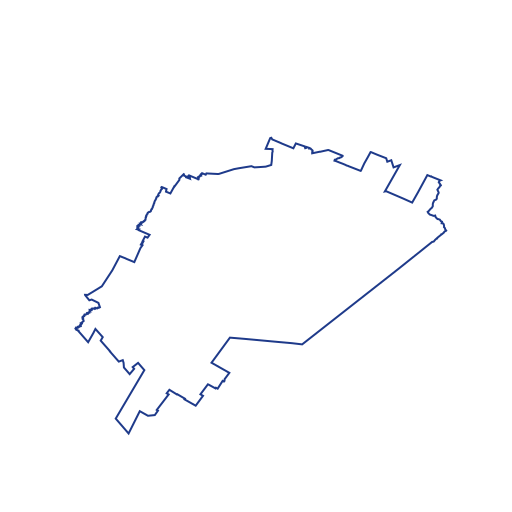 the district of Bogan, New South Wales, Australia, rotated 243°
{"feature_id": "25037944B35156214632360", "entity_name": "Bogan", "entity_type": "district", "adm_level": 2, "iso_a3": "AUS", "parent_name": "Australia", "parent_adm1": "New South Wales", "projection": "equal_earth", "projection_center": [147.254, -31.57], "detail": "fine", "context": "isolated", "style": "outline", "palette": "blue", "viewbox_px": 512, "rotation_deg": 243, "n_neighbors": 0, "source": "geoboundaries", "source_scale": "gbopen_adm2", "svg_char_len": 5929}
<svg xmlns="http://www.w3.org/2000/svg" viewBox="0 0 512 512"><g transform="rotate(243 256 256)"><path d="M160.2,93.6L162.7,98.4L163.9,97.7L172.3,115.3L174.2,114.1L176.1,118.1L168.5,122.7L168.6,123.1L161.1,127.9L160.7,127.2L150.0,134.3L155.5,145.3L158.0,143.7L163.5,154.9L162.6,155.6L156.4,159.8L156.8,160.5L155.2,161.6L159.9,169.6L158.7,170.4L159.0,171.2L160.5,172.1L164.0,179.2L181.1,167.9L195.1,195.7L187.1,208.6L169.8,236.0L162.1,248.3L156.3,257.0L180.0,377.7L188.6,419.4L188.4,419.8L188.2,421.0L189.1,423.0L189.6,425.0L189.4,425.4L189.9,425.8L190.9,430.6L191.2,430.9L191.0,431.4L191.6,434.1L192.1,434.7L192.3,435.9L192.1,436.3L192.3,437.0L193.8,436.7L195.0,437.0L196.4,436.6L197.3,437.2L199.1,437.7L200.0,437.5L200.2,437.2L200.3,437.2L200.9,436.3L202.1,437.3L203.2,436.5L204.9,436.3L206.1,435.2L206.5,434.5L209.0,433.7L210.7,434.0L210.9,433.0L211.3,432.2L211.9,431.8L214.0,429.7L216.2,429.0L217.4,429.0L217.6,430.1L218.7,432.8L219.2,434.8L220.2,436.2L221.5,436.8L222.8,437.7L223.3,438.5L223.6,438.7L224.6,440.1L224.5,442.2L225.0,443.1L226.5,443.9L227.9,445.1L228.1,445.7L228.6,446.3L229.0,447.1L229.7,447.6L232.7,447.7L233.4,448.9L234.1,450.8L234.8,451.6L234.8,452.1L235.0,452.8L235.7,452.8L236.3,452.6L236.6,452.7L237.4,452.4L238.3,452.6L238.8,452.4L239.7,453.7L239.6,454.8L246.6,448.7L247.5,448.2L247.5,447.8L250.3,445.4L239.1,429.1L232.7,419.4L240.4,413.2L254.6,401.4L255.0,400.1L271.7,425.4L272.5,418.8L279.9,420.0L280.4,415.8L284.0,416.4L291.3,409.9L296.5,405.5L296.6,405.3L293.3,400.5L289.4,394.6L284.3,388.1L284.3,387.9L293.5,379.7L293.9,379.3L294.3,379.1L295.7,377.6L296.3,377.3L298.9,375.1L301.2,373.0L304.3,370.3L305.3,369.2L306.0,369.9L305.7,370.6L305.9,373.2L305.8,373.7L305.5,374.2L305.4,375.0L305.6,375.5L305.3,376.6L305.4,377.5L305.6,377.6L305.9,378.2L305.9,378.7L306.0,378.7L317.4,368.8L317.7,368.4L319.8,360.3L320.0,360.1L322.0,352.7L323.2,353.3L323.4,353.5L323.6,354.0L324.2,354.3L324.7,354.2L325.7,353.7L326.1,353.7L326.4,353.5L326.9,353.4L327.6,352.2L328.1,352.6L330.1,350.6L329.5,350.0L329.7,348.8L331.2,349.0L331.5,349.2L338.2,342.6L335.0,338.2L344.9,329.7L345.0,329.7L352.5,323.4L354.4,323.3L354.6,322.2L347.1,313.3L343.7,319.3L342.7,318.7L341.4,318.2L340.7,317.4L333.5,313.2L330.2,310.9L331.2,305.2L333.9,298.9L335.7,294.8L338.1,292.7L342.0,280.5L343.4,275.8L346.0,260.1L346.4,259.2L352.1,249.3L351.3,248.1L354.2,245.6L353.7,245.1L353.7,244.8L354.0,244.4L353.7,243.6L353.1,243.4L352.9,243.6L352.8,243.3L352.6,243.3L352.7,243.1L352.6,242.7L353.0,242.5L352.8,242.1L352.5,241.8L352.7,241.5L352.6,241.2L352.3,241.0L352.7,240.6L352.6,240.1L351.9,240.1L351.7,239.7L351.4,239.8L350.9,239.6L350.9,240.0L350.6,239.9L350.4,239.6L358.3,232.9L358.2,232.2L357.5,231.7L357.3,231.8L357.2,232.2L356.5,232.0L355.8,232.1L356.0,232.5L355.9,232.7L355.4,232.5L355.4,232.0L355.1,232.0L357.1,230.2L357.7,229.6L358.1,230.2L360.9,227.9L362.0,229.6L359.9,222.9L358.6,222.3L354.6,214.3L354.8,214.3L350.6,208.1L354.2,205.0L356.3,206.7L360.3,203.3L360.3,203.1L360.0,202.7L359.5,202.8L359.4,203.2L359.2,203.3L358.5,202.8L358.2,201.6L357.9,201.3L357.6,200.6L357.2,200.4L356.8,200.1L356.1,199.0L356.1,198.4L355.6,197.4L354.4,196.0L353.9,196.4L353.6,195.5L353.8,194.7L353.5,193.9L353.1,193.7L352.9,193.4L352.3,193.0L352.2,192.6L351.4,191.7L351.3,191.3L350.7,190.5L350.3,190.3L350.0,189.7L349.0,189.1L348.8,188.5L347.8,187.6L347.5,187.5L347.1,186.6L346.2,186.1L345.9,185.7L345.6,185.0L345.1,184.6L345.1,184.2L344.9,184.1L344.9,183.8L344.3,183.1L343.9,182.9L343.6,182.5L343.5,181.5L343.8,180.9L343.7,180.7L343.8,180.4L343.7,180.0L343.7,179.2L342.8,178.5L342.7,177.8L342.3,177.2L342.0,177.1L341.8,176.5L341.3,176.4L341.2,176.0L340.7,175.7L340.6,175.4L340.3,175.4L340.1,175.0L338.9,174.3L338.7,173.9L338.4,173.8L338.4,173.4L338.2,173.2L338.2,172.9L337.8,172.6L337.7,172.2L338.0,171.7L337.6,171.3L337.5,170.8L337.7,170.6L337.7,170.3L337.8,170.1L337.7,169.9L337.9,169.6L337.7,169.4L337.9,169.2L337.5,168.9L337.8,168.6L338.0,168.5L337.8,168.2L337.4,168.3L337.5,167.8L337.4,167.5L336.8,167.6L337.0,167.4L336.9,167.0L337.1,166.9L336.7,166.7L336.9,166.0L336.6,165.9L336.8,165.6L336.4,165.5L336.4,165.2L336.2,165.3L336.3,164.9L335.9,165.1L335.9,164.9L336.2,164.8L335.9,164.6L336.1,164.3L335.8,164.1L335.9,163.8L335.7,163.8L335.5,164.3L335.4,164.4L335.3,164.2L335.4,163.7L335.3,163.3L335.0,163.3L334.8,163.1L334.6,163.3L334.5,162.8L334.2,162.5L333.9,162.7L333.8,162.4L333.6,162.7L333.6,162.4L331.8,163.9L331.7,163.7L323.2,170.8L321.6,167.7L323.7,165.9L320.7,161.7L320.1,162.3L318.8,160.4L319.3,160.0L318.4,158.6L317.1,159.7L315.5,156.6L305.8,144.8L312.6,139.0L313.0,138.8L317.7,134.6L308.5,121.5L299.0,104.9L297.7,88.4L299.0,86.1L298.6,86.0L292.2,87.4L291.8,89.8L285.8,94.3L281.2,93.7L281.2,93.4L281.8,93.2L281.2,92.7L281.4,91.7L281.7,91.5L281.5,91.2L281.4,90.7L282.2,89.9L282.1,89.4L282.7,89.5L282.9,89.2L282.4,88.5L282.3,87.9L282.9,87.7L283.0,87.2L283.4,86.6L283.7,85.9L283.7,85.7L283.1,85.6L283.1,84.7L282.7,84.7L283.4,83.5L283.0,83.5L282.9,83.0L282.4,82.9L282.2,82.5L281.8,82.7L281.9,82.3L281.8,82.0L281.6,81.8L281.2,81.7L281.7,80.4L280.9,80.2L280.7,79.8L281.3,79.2L281.7,79.0L281.3,78.4L281.0,77.7L281.2,76.7L281.6,76.5L281.0,75.7L280.5,75.6L280.7,74.7L280.6,74.4L280.1,74.1L280.2,73.5L279.9,73.4L279.5,73.8L279.1,73.9L278.9,73.6L278.9,73.0L278.7,72.9L277.2,73.2L276.3,72.9L276.0,71.3L275.5,70.8L275.8,70.3L275.6,69.8L275.7,69.3L275.2,69.2L275.0,69.6L274.8,69.7L274.7,68.5L274.4,68.0L274.1,68.5L273.8,67.9L273.3,68.2L273.0,68.1L273.0,67.8L273.5,67.3L273.7,66.5L273.5,66.2L273.1,66.1L273.0,65.7L273.6,65.7L273.9,65.0L273.6,64.7L273.3,64.7L273.4,63.7L273.9,63.1L273.6,62.8L273.4,62.2L273.1,62.2L272.3,62.9L271.9,62.4L271.7,62.5L270.2,63.9L270.0,63.6L255.4,67.3L261.2,76.1L263.9,79.8L253.3,82.6L251.1,79.2L237.3,82.7L237.2,82.5L224.2,85.8L223.7,90.0L220.9,89.5L216.6,87.7L208.1,89.8L210.8,96.2L213.0,95.7L214.3,102.4L205.0,104.7L174.8,57.2L155.7,61.9L170.5,82.0L162.7,87.2L160.2,93.6Z" fill="none" stroke="#1e3a8a" stroke-width="2"/></g></svg>